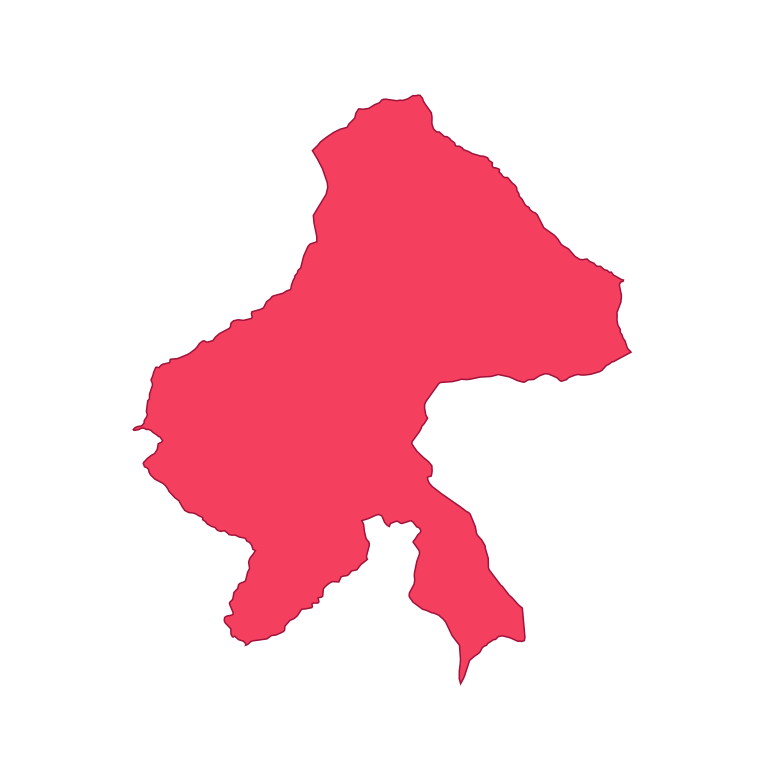 the district of Atahualpa, El Oro, Ecuador, rotated 285°
{"feature_id": "8360857B45777368126824", "entity_name": "Atahualpa", "entity_type": "district", "adm_level": 2, "iso_a3": "ECU", "parent_name": "Ecuador", "parent_adm1": "El Oro", "projection": "orthographic", "projection_center": [-79.756, -3.557], "detail": "fine", "context": "isolated", "style": "filled", "palette": "rose", "viewbox_px": 768, "rotation_deg": 285, "n_neighbors": 0, "source": "geoboundaries", "source_scale": "gbopen_adm2", "svg_char_len": 6165}
<svg xmlns="http://www.w3.org/2000/svg" viewBox="0 0 768 768"><g transform="rotate(285 384 384)"><path d="M335.6,158.5L331.9,158.5L327.6,157.9L324.8,160.0L322.8,160.7L313.6,160.1L308.8,161.3L306.9,160.2L306.0,160.2L296.0,161.6L293.0,163.4L290.3,163.1L286.7,161.9L284.1,162.3L281.8,161.3L280.5,160.1L279.3,157.3L278.0,155.5L277.0,154.5L275.0,153.6L274.6,154.4L274.7,155.2L276.6,159.1L278.2,160.7L278.9,162.2L279.1,163.8L278.6,166.2L279.2,168.5L278.8,170.9L277.4,173.5L276.0,177.8L274.9,179.8L275.1,181.0L272.0,184.8L270.1,184.0L267.9,181.4L262.2,181.9L257.5,180.5L254.8,177.7L251.0,174.8L246.0,172.1L244.8,172.1L242.1,174.1L241.7,176.7L240.8,178.3L239.9,179.1L238.4,179.6L235.8,182.0L232.8,187.3L230.8,196.2L229.1,199.5L226.4,202.7L224.9,203.8L220.1,211.3L218.2,216.1L213.0,221.1L210.3,224.3L209.3,228.7L210.0,232.9L209.8,235.7L208.5,240.6L208.4,242.4L207.9,243.5L206.0,244.0L205.0,246.9L203.1,249.5L201.8,254.3L201.7,258.0L200.1,260.0L199.5,261.7L199.4,264.5L201.0,267.9L199.4,271.8L198.4,273.2L198.6,276.0L199.5,279.3L198.7,284.0L199.1,289.3L198.7,290.3L196.7,292.3L196.2,295.1L194.2,297.8L190.3,300.2L189.9,302.9L186.0,301.7L181.6,299.8L178.8,299.3L176.4,299.5L171.1,301.9L166.9,301.0L158.3,301.2L156.9,300.3L154.2,296.5L152.6,295.5L148.6,295.6L143.9,293.0L136.9,293.6L133.0,291.4L131.4,291.8L124.3,297.3L122.6,297.8L121.4,296.8L119.1,292.2L117.7,290.8L116.8,290.5L114.1,290.9L112.0,292.6L107.9,299.4L102.6,301.0L100.7,302.8L100.5,303.7L101.7,305.1L99.4,309.7L99.2,314.8L97.6,317.3L96.5,318.1L95.9,318.0L97.1,319.7L100.4,321.8L101.8,323.5L107.5,336.9L111.9,340.4L113.5,344.5L117.6,349.6L119.1,351.1L120.6,351.7L124.5,351.0L131.4,354.4L134.1,357.8L137.5,360.2L145.2,362.8L146.4,366.3L149.3,372.2L150.6,372.4L152.7,371.4L153.4,371.5L154.3,373.0L155.3,376.8L156.0,377.4L157.1,377.4L160.4,375.7L161.9,378.7L163.1,379.7L170.3,378.5L171.9,379.0L175.6,381.3L178.5,383.7L179.8,385.4L181.1,391.6L186.6,392.5L187.7,394.0L189.4,398.0L190.8,399.1L195.0,401.1L197.5,405.9L203.5,408.3L210.3,413.4L211.7,412.2L213.7,411.6L224.0,411.6L226.1,411.1L227.6,410.1L229.4,407.4L231.1,406.1L236.9,403.1L243.4,400.5L246.3,397.9L249.9,403.7L255.1,410.0L256.6,412.8L256.1,416.0L250.4,420.5L248.3,423.7L247.7,426.0L250.9,426.3L254.5,431.2L254.9,432.6L253.8,436.2L253.9,437.4L259.0,445.4L258.0,448.0L254.5,452.6L254.0,455.7L251.9,457.5L249.9,457.5L247.1,455.7L242.7,454.4L239.6,453.0L238.7,453.1L232.6,460.6L231.3,461.6L228.8,462.3L221.3,461.6L209.5,462.3L206.4,462.9L203.1,464.3L198.7,464.9L188.7,462.6L185.7,463.1L184.3,464.3L180.8,468.5L176.4,479.6L176.4,482.8L175.4,489.3L175.6,491.3L174.9,496.6L172.4,501.8L170.0,505.2L158.5,515.0L151.2,524.5L138.3,529.0L134.3,529.9L126.4,531.0L118.7,533.0L114.3,535.6L120.1,537.0L123.3,537.4L139.1,538.2L143.9,541.4L148.6,545.3L150.4,546.2L154.5,547.1L156.6,548.5L158.1,550.7L160.0,551.2L165.3,555.9L166.2,557.9L169.6,559.8L171.4,563.5L171.5,571.4L170.1,580.0L170.9,582.1L170.8,583.4L172.5,586.0L175.8,585.7L203.4,575.6L205.3,571.3L211.0,562.5L212.5,559.4L219.0,550.9L220.0,548.7L231.7,533.7L233.6,532.4L242.6,529.8L251.5,524.4L253.9,523.5L258.6,518.8L262.2,513.2L263.9,511.9L269.7,509.2L280.5,501.0L281.8,499.0L282.1,496.9L284.9,490.1L293.0,467.6L297.4,457.2L299.8,453.5L302.4,451.4L304.8,450.2L305.6,450.6L307.2,453.4L309.3,453.4L312.5,453.0L317.4,451.4L320.4,447.2L323.4,440.7L327.5,433.3L333.4,426.3L335.7,426.1L347.0,430.5L350.5,431.4L353.0,431.5L356.3,433.2L362.3,435.0L364.9,432.4L371.3,429.4L374.7,428.6L377.9,429.0L398.3,436.7L399.6,437.5L400.5,439.3L404.0,449.4L407.2,455.5L408.5,457.0L409.7,462.9L411.1,466.4L415.6,475.1L418.9,485.3L422.7,491.9L423.3,503.4L421.8,512.1L421.8,518.3L422.2,519.2L425.4,522.3L427.1,527.4L432.3,532.2L435.6,536.9L436.2,540.3L435.2,547.2L434.8,549.4L432.7,553.3L432.6,554.7L435.3,559.0L438.0,560.7L442.1,566.3L443.4,568.9L443.8,572.7L444.9,576.3L446.9,581.2L451.7,589.1L453.7,591.0L460.0,594.3L460.4,595.3L464.6,598.8L465.0,599.9L478.7,614.4L481.5,609.9L488.1,605.6L490.0,603.2L493.4,600.9L494.7,599.1L498.1,597.9L501.3,594.7L506.2,592.4L510.9,591.4L513.2,590.5L524.4,591.6L529.5,590.8L531.3,590.3L539.3,586.3L541.5,585.6L544.0,586.5L545.0,588.3L546.4,588.4L546.3,586.6L548.7,577.3L550.9,574.6L550.2,572.7L551.5,570.2L551.4,567.2L553.7,562.7L552.8,558.9L555.0,555.4L555.6,550.8L557.2,548.0L557.0,546.7L555.7,544.3L555.0,541.1L556.6,535.6L562.3,527.1L563.8,521.2L564.7,519.1L568.8,514.6L571.7,510.2L576.2,498.0L587.2,488.1L588.3,486.1L588.7,483.3L589.6,481.1L590.3,479.8L592.2,478.3L592.8,475.3L593.9,473.6L598.0,469.8L600.3,466.2L603.0,464.8L605.1,462.5L608.1,461.2L610.1,458.7L611.2,456.0L615.2,450.3L615.4,449.5L614.7,447.4L615.2,445.3L617.4,442.6L618.5,440.3L620.7,440.2L621.4,439.5L621.7,436.0L621.3,434.0L621.6,433.2L622.8,432.0L625.9,431.4L627.0,427.8L629.4,425.4L629.8,421.0L629.2,418.2L629.4,409.7L630.5,405.2L630.9,400.5L632.3,398.3L633.2,395.5L632.4,392.2L633.1,391.1L635.2,389.8L636.6,386.0L638.1,383.9L639.0,381.6L639.2,380.7L638.6,378.4L641.7,372.2L641.2,369.9L641.8,368.2L643.5,365.6L647.8,362.9L654.2,361.3L658.3,359.5L665.3,351.0L667.7,348.6L669.9,347.3L672.1,344.2L672.0,342.7L670.6,339.8L670.1,337.4L665.5,333.0L662.8,328.8L662.3,326.0L660.9,323.0L659.6,312.0L658.7,309.5L657.8,308.4L654.5,306.8L651.4,302.7L646.3,297.9L644.1,293.0L643.2,288.3L638.5,286.8L633.2,286.9L626.1,282.8L622.3,281.9L618.9,275.9L613.8,270.1L607.1,264.3L601.4,260.0L597.5,258.3L590.9,254.4L584.4,261.2L576.1,268.8L563.8,277.1L559.3,278.8L552.2,279.0L528.5,272.1L521.7,274.6L509.2,280.8L504.0,282.3L500.3,276.7L498.5,275.5L496.5,274.8L486.7,273.3L474.6,273.5L471.6,271.6L468.5,271.5L465.7,270.0L463.4,270.1L460.4,269.4L455.2,269.0L451.9,269.4L450.9,269.2L448.8,265.9L445.5,262.9L440.8,254.8L439.5,253.3L436.7,252.1L433.2,249.3L426.4,247.9L424.2,245.5L419.7,237.8L417.6,237.7L414.4,239.4L413.0,238.9L409.1,231.8L408.3,226.5L406.2,222.4L404.2,221.0L402.6,220.4L399.8,220.9L397.8,220.3L390.0,211.9L385.6,209.0L381.7,207.5L378.9,202.9L378.6,201.8L379.2,199.1L378.3,197.4L375.2,195.2L371.5,193.9L368.7,192.5L363.7,188.6L361.5,186.4L355.0,177.8L352.7,171.4L351.9,171.1L349.9,171.5L349.0,171.1L345.8,165.1L344.2,163.6L341.6,162.4L341.4,159.9L340.9,159.2L335.6,158.5Z" fill="#f43f5e" stroke="#9f1239" stroke-width="1.5"/></g></svg>